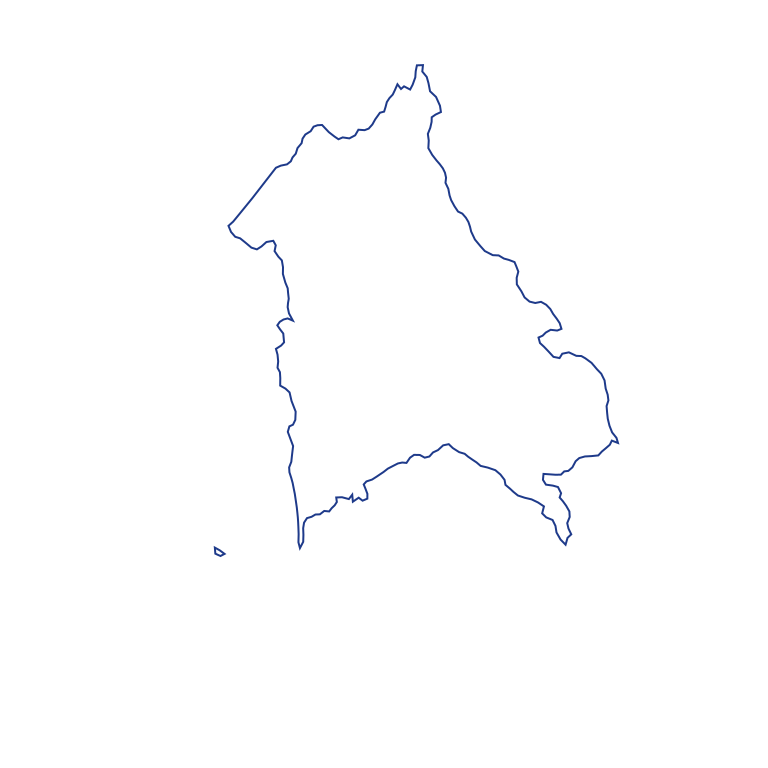 Paulo Lopes, Santa Catarina, Brazil, rotated 139°
{"feature_id": "56859067B3611473740931", "entity_name": "Paulo Lopes", "entity_type": "district", "adm_level": 2, "iso_a3": "BRA", "parent_name": "Brazil", "parent_adm1": "Santa Catarina", "projection": "natural_earth1", "projection_center": [-48.752, -27.948], "detail": "fine", "context": "isolated", "style": "outline", "palette": "blue", "viewbox_px": 768, "rotation_deg": 139, "n_neighbors": 0, "source": "geoboundaries", "source_scale": "gbopen_adm2", "svg_char_len": 3779}
<svg xmlns="http://www.w3.org/2000/svg" viewBox="0 0 768 768"><g transform="rotate(139 384 384)"><path d="M510.3,383.3L513.3,379.4L515.6,374.0L517.9,369.2L520.9,364.0L523.4,359.6L527.1,353.8L530.9,347.9L533.9,343.6L536.6,339.8L539.4,336.1L542.4,332.3L547.0,326.6L552.4,320.7L555.1,315.3L548.5,317.9L543.8,323.0L539.6,328.2L535.3,331.8L530.1,333.3L525.8,331.3L521.4,330.5L517.9,327.7L512.4,327.4L509.0,323.8L505.0,324.6L500.8,324.8L497.0,325.9L494.5,329.7L490.0,326.1L486.0,320.2L480.6,321.3L484.7,315.6L477.7,314.8L476.7,310.0L471.8,308.4L468.6,312.0L466.7,317.1L465.2,321.5L461.2,322.0L455.7,319.7L450.3,318.9L446.1,318.4L442.2,317.9L436.6,317.6L430.4,316.1L425.6,314.9L421.8,312.8L418.8,309.7L412.7,311.3L407.8,310.8L403.5,306.9L401.6,301.7L397.3,299.5L391.9,300.2L386.6,298.7L379.6,298.9L374.6,296.1L374.1,290.5L372.0,283.3L368.9,278.4L368.2,273.9L366.9,268.8L365.6,264.1L364.8,258.8L360.5,252.8L356.5,245.9L355.5,239.3L355.9,232.6L358.5,228.2L357.6,222.5L357.1,217.7L356.1,212.0L352.4,205.8L348.3,200.1L345.5,193.6L343.6,186.7L349.5,182.6L349.1,176.9L346.0,170.8L347.7,164.4L351.2,158.8L352.8,150.8L352.4,143.6L346.4,147.5L341.3,147.7L339.6,153.9L337.0,158.8L331.1,161.8L327.7,166.2L326.4,172.6L325.9,178.2L325.9,183.1L322.0,185.4L320.3,192.1L323.2,196.5L327.8,201.8L326.9,207.4L322.6,211.5L318.3,207.2L314.0,202.9L309.9,199.5L305.3,199.8L301.9,197.5L296.5,197.5L290.0,200.0L285.2,200.0L279.9,197.5L274.9,193.6L269.1,189.5L263.9,190.1L258.8,190.0L253.4,190.0L249.2,191.8L246.1,186.0L243.9,190.8L243.6,197.8L241.2,204.6L237.9,211.0L234.7,215.6L230.5,221.3L225.4,224.4L222.2,229.2L219.7,235.1L215.2,242.0L213.3,249.2L213.6,255.4L213.5,263.8L215.2,271.3L216.7,275.6L220.4,279.1L223.7,286.6L229.6,289.9L234.5,288.4L238.3,293.3L238.5,300.7L238.8,307.1L239.4,312.6L236.9,317.7L232.6,316.4L228.1,316.7L222.7,315.6L218.2,310.7L213.9,309.2L211.5,314.6L210.8,320.0L210.4,325.9L209.3,331.5L209.6,337.4L211.6,343.0L216.7,345.9L220.1,350.7L221.1,357.1L219.5,363.8L218.4,372.0L214.2,377.1L208.9,380.7L207.0,385.9L205.5,390.4L208.4,395.8L211.2,400.0L213.1,405.8L217.4,409.9L220.7,418.2L220.8,424.8L220.6,433.4L218.2,441.9L215.9,446.3L214.0,450.9L213.1,455.8L213.1,461.2L215.0,465.6L214.2,471.9L212.7,478.7L210.8,483.3L207.4,489.1L205.6,495.5L201.8,499.0L199.4,503.4L198.1,508.1L197.7,513.2L197.7,518.3L197.3,525.3L195.8,532.9L190.5,538.4L186.8,544.0L181.0,547.0L176.1,550.6L173.0,554.0L168.3,553.5L162.6,551.9L159.2,557.3L156.4,566.5L157.2,574.7L153.1,581.8L150.3,587.7L150.1,594.7L145.4,599.1L150.1,602.9L154.8,599.3L159.2,594.9L166.0,591.1L171.1,589.1L173.6,595.5L177.6,595.5L177.2,601.4L183.1,598.6L187.5,596.7L192.4,596.2L196.9,594.9L201.0,592.1L205.2,589.5L209.1,591.4L213.2,590.4L217.0,589.5L222.5,587.5L228.0,586.8L232.1,588.3L236.5,592.7L242.6,590.6L249.0,592.1L253.4,597.2L257.8,598.6L259.0,603.2L260.4,610.3L260.8,620.1L264.4,622.9L268.3,624.4L273.5,622.9L279.7,623.9L284.5,622.6L288.2,619.8L294.5,618.8L299.5,615.7L304.4,615.0L308.2,613.2L313.1,613.4L318.6,616.5L323.7,618.1L361.6,610.6L383.6,606.8L391.3,605.5L397.6,605.4L399.7,599.1L399.7,592.7L397.0,588.3L395.9,582.1L394.6,573.9L391.6,569.0L386.3,568.2L379.6,568.3L373.6,564.7L374.7,559.7L379.4,556.1L380.2,549.4L380.0,544.3L383.6,538.4L388.1,533.4L391.9,525.3L393.9,519.4L396.6,515.7L400.0,510.8L403.3,508.1L406.3,505.2L409.4,499.6L411.2,491.6L413.7,496.7L417.5,498.6L421.9,499.3L426.0,498.3L426.6,493.4L426.9,488.2L432.1,481.0L436.4,480.5L442.5,481.4L445.1,476.0L449.1,470.4L453.7,466.1L454.8,461.2L458.4,456.5L463.4,450.9L461.4,445.2L460.8,439.6L464.9,431.9L468.8,421.1L474.5,415.1L479.4,413.0L483.2,414.1L488.0,411.0L491.0,403.0L493.3,396.8L497.2,393.3L500.6,390.2L505.0,386.1L510.3,383.3ZM622.6,366.6L620.3,361.5L615.8,360.4L617.1,366.3L619.0,371.5L622.6,366.6Z" fill="none" stroke="#1e3a8a" stroke-width="2"/></g></svg>